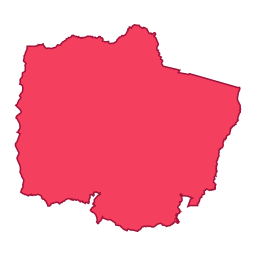 Trancas, Tucumán, Argentina
{"feature_id": "61730980B98032525509739", "entity_name": "Trancas", "entity_type": "district", "adm_level": 2, "iso_a3": "ARG", "parent_name": "Argentina", "parent_adm1": "Tucumán", "projection": "orthographic", "projection_center": [-65.459, -26.341], "detail": "fine", "context": "isolated", "style": "filled", "palette": "rose", "viewbox_px": 256, "rotation_deg": 0, "n_neighbors": 0, "source": "geoboundaries", "source_scale": "gbopen_adm2", "svg_char_len": 5745}
<svg xmlns="http://www.w3.org/2000/svg" viewBox="0 0 256 256"><path d="M240.1,105.2L237.5,100.1L237.5,97.5L238.4,92.5L239.9,88.9L239.6,87.4L238.0,87.6L189.4,73.7L188.9,74.5L178.3,72.6L179.8,70.2L163.2,66.2L161.8,64.1L161.6,62.8L162.6,61.2L162.5,60.2L160.7,59.4L160.6,58.2L161.3,57.2L159.0,55.6L158.8,55.0L159.7,53.9L159.6,53.4L158.2,51.7L158.4,50.3L157.1,50.0L156.9,49.5L156.9,46.9L158.2,45.0L158.3,44.1L155.8,37.8L154.0,36.4L154.1,35.7L155.2,35.1L155.6,34.3L155.3,33.2L154.6,32.8L154.0,32.9L152.1,34.3L150.9,33.1L149.5,33.5L148.6,32.7L146.9,29.0L144.0,27.4L143.3,27.5L143.1,28.2L142.7,28.3L139.9,26.6L139.2,25.4L135.3,25.1L134.6,24.7L132.3,26.2L131.9,27.5L131.4,28.0L129.9,27.0L129.2,27.1L129.4,28.4L127.8,29.2L128.1,30.5L127.5,31.0L125.7,34.5L123.5,35.8L122.0,35.5L120.7,37.1L119.2,37.2L118.7,38.3L117.2,39.6L116.5,41.4L113.7,43.2L109.7,43.5L108.5,42.7L108.6,41.5L105.2,41.9L102.6,41.0L103.0,39.1L102.0,37.9L101.0,37.8L100.4,36.7L99.1,36.5L97.7,37.9L96.2,38.2L95.4,37.3L92.9,37.5L92.4,36.6L91.9,36.9L91.0,36.4L87.5,36.2L85.0,37.5L83.6,37.4L81.9,38.2L81.7,37.6L80.9,38.1L79.7,37.4L78.6,37.5L78.5,36.7L77.7,37.1L76.4,36.4L75.3,36.5L73.2,35.3L72.7,35.7L72.1,35.4L71.2,36.8L69.9,37.6L68.6,37.5L68.0,38.4L66.3,38.9L66.1,40.0L62.1,42.4L61.9,43.3L61.1,43.7L60.4,45.2L57.6,44.8L55.7,47.4L53.7,47.7L51.8,48.5L48.4,48.1L46.4,48.4L44.7,47.1L44.2,45.9L43.3,45.2L43.1,43.9L41.3,44.9L39.7,44.7L38.7,45.2L38.1,44.7L37.7,45.5L35.1,46.3L27.2,46.2L26.9,49.5L25.4,52.8L25.0,54.8L24.1,55.9L24.2,57.9L23.5,60.5L23.6,61.1L26.0,63.5L24.9,65.4L25.4,67.1L25.1,71.3L22.5,72.9L22.2,77.1L20.4,79.0L20.1,79.8L20.3,82.6L19.8,84.3L21.4,84.7L22.4,85.7L22.9,87.8L22.6,91.1L22.2,92.2L21.0,93.4L19.5,95.9L20.5,96.8L20.9,97.8L18.6,100.7L17.1,104.4L15.7,105.3L20.0,109.5L21.2,111.5L21.1,112.6L16.5,116.2L16.1,117.6L16.1,118.2L16.9,118.5L19.6,123.4L20.1,127.2L19.6,129.1L18.5,130.4L18.1,131.9L17.3,132.2L20.0,133.6L17.0,141.8L15.6,143.4L15.4,144.7L15.6,146.2L19.1,153.1L17.0,157.8L17.2,159.2L20.2,166.2L20.5,168.9L20.0,172.4L21.2,174.4L22.0,177.0L23.8,179.8L23.3,183.3L22.8,184.4L23.1,187.2L21.7,189.0L20.8,192.2L23.0,193.7L23.7,193.7L24.6,194.5L25.5,194.4L28.2,195.8L28.5,195.2L29.6,195.0L30.0,195.3L31.2,194.3L31.6,194.6L31.3,194.8L31.6,195.2L33.2,195.4L33.9,194.7L35.5,195.2L37.6,194.4L39.7,194.9L41.7,196.4L41.6,197.6L42.5,199.0L44.2,199.2L45.3,200.9L46.0,201.1L46.8,203.3L47.7,204.4L47.7,205.8L49.3,206.1L50.7,205.0L51.4,203.4L53.1,203.4L53.8,202.9L56.7,202.2L58.5,202.7L59.1,203.7L59.6,203.8L60.4,202.8L62.2,202.4L62.7,201.4L64.3,201.1L65.5,199.8L67.6,198.8L69.5,198.6L70.8,199.6L71.9,198.9L72.6,199.5L72.5,200.0L73.3,199.8L73.6,200.1L74.8,199.3L75.9,200.2L78.0,199.8L79.5,201.1L80.1,201.1L80.3,201.8L82.6,201.2L83.1,201.8L83.0,202.3L83.9,202.3L84.2,202.8L84.9,202.8L85.2,203.4L86.3,202.2L87.7,202.8L88.2,203.4L88.8,203.1L89.2,201.8L88.9,200.8L89.0,199.9L90.1,197.3L89.8,195.2L90.0,194.8L91.9,194.7L92.4,195.1L92.8,194.9L93.2,195.7L93.5,195.0L92.7,194.1L93.9,194.6L93.5,193.5L94.0,193.2L93.9,192.6L94.6,191.9L96.1,192.3L96.5,191.9L97.6,192.8L98.4,192.9L98.7,193.4L100.2,192.9L100.2,193.5L99.2,193.9L99.9,194.5L99.8,194.8L98.0,195.4L94.3,199.7L94.3,202.7L93.1,203.2L93.0,204.4L94.4,204.9L95.0,205.8L94.1,205.9L93.7,206.8L92.5,207.2L90.4,210.1L90.6,210.7L92.1,211.7L92.3,212.2L93.8,212.6L95.8,214.8L96.9,217.8L97.3,220.5L96.6,221.8L97.8,223.6L98.6,223.3L99.1,221.8L100.7,220.8L101.9,218.8L102.5,216.9L103.2,218.0L107.3,219.7L108.3,219.9L109.9,219.5L111.0,220.0L114.9,222.7L115.5,223.4L115.8,225.0L120.4,225.8L120.9,226.7L124.1,229.6L125.2,229.7L126.8,230.7L127.2,230.6L127.2,229.8L127.8,229.1L128.4,229.0L131.2,230.2L132.0,229.8L137.7,231.3L138.7,230.0L139.8,229.8L141.0,228.6L141.6,227.4L142.5,226.6L143.3,226.8L144.4,226.2L146.2,226.7L147.5,225.9L149.1,226.5L150.1,226.1L151.7,226.9L153.5,227.0L155.1,226.1L157.5,224.1L160.5,223.3L162.0,224.1L162.6,225.2L164.3,225.2L166.8,226.4L167.6,225.8L169.8,225.7L170.6,225.0L172.2,224.3L172.3,223.6L173.5,223.4L174.7,221.5L176.5,222.1L176.4,221.8L177.3,223.2L178.4,222.9L179.0,221.9L178.2,221.7L178.6,221.4L177.9,220.8L178.2,220.7L177.9,219.9L177.3,219.9L177.7,219.3L177.4,218.9L176.1,218.8L176.8,218.4L176.3,218.0L176.8,217.8L176.6,216.8L176.9,216.4L176.6,215.6L176.0,215.8L175.9,215.4L176.3,214.1L176.7,214.0L177.5,214.7L177.7,213.9L179.4,213.1L179.5,212.4L180.1,212.0L179.7,212.0L179.6,210.5L179.9,210.4L179.7,209.8L177.8,207.6L178.0,206.4L179.9,204.6L180.1,203.8L179.5,202.0L179.9,201.7L180.7,202.1L181.6,201.2L182.1,200.1L181.6,196.3L180.3,195.4L180.2,194.5L181.2,194.0L182.7,195.8L187.2,196.0L192.5,198.1L190.5,199.2L187.9,206.5L189.9,205.6L197.7,205.6L197.4,204.0L198.6,203.1L198.6,202.2L199.3,201.4L199.9,198.7L200.5,197.7L201.7,197.2L201.5,196.6L202.1,195.0L203.9,194.4L204.0,193.7L204.4,193.7L204.1,190.7L205.6,190.2L206.4,188.9L209.7,190.4L210.9,189.6L211.7,190.2L212.4,189.5L212.9,189.8L215.0,189.2L215.3,188.6L215.2,187.6L214.7,187.7L215.8,184.4L215.0,184.0L214.7,183.2L213.7,182.5L213.6,180.6L214.1,179.3L214.8,179.1L214.3,176.8L215.1,175.8L215.8,176.0L215.5,175.3L215.9,174.9L215.7,173.6L216.8,171.8L216.2,171.3L216.2,170.9L216.8,170.6L216.0,169.1L216.4,168.9L216.4,168.1L216.1,166.4L216.6,166.2L216.5,165.6L217.2,164.5L216.4,161.2L217.7,159.8L217.5,158.5L218.6,156.9L219.0,155.3L218.6,153.7L219.1,152.3L218.9,149.9L219.3,149.3L219.8,149.5L220.5,149.0L220.7,148.2L221.8,148.0L222.9,146.6L223.2,145.0L222.9,142.4L223.8,141.3L223.7,140.1L224.2,139.4L225.3,139.6L225.8,137.9L226.2,138.1L226.6,135.9L229.5,134.1L230.7,129.2L230.4,128.3L231.0,127.8L231.6,127.9L232.8,125.8L233.9,125.9L234.6,124.8L235.9,124.3L235.5,123.1L238.0,120.5L238.2,120.0L237.5,119.6L238.1,116.6L239.0,114.6L238.9,113.9L240.3,112.1L240.2,110.8L239.7,110.4L240.6,109.2L240.2,108.4L240.1,105.2Z" fill="#f43f5e" stroke="#9f1239" stroke-width="1.5"/></svg>